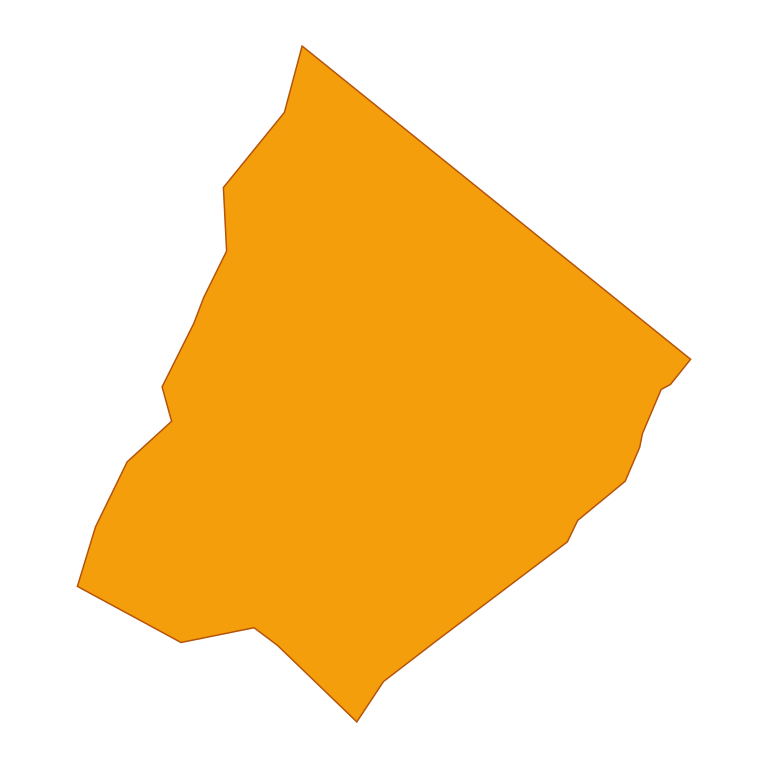 Clarke, Virginia, United States of America
{"feature_id": "52423323B97176580342978", "entity_name": "Clarke", "entity_type": "district", "adm_level": 2, "iso_a3": "USA", "parent_name": "United States of America", "parent_adm1": "Virginia", "projection": "natural_earth1", "projection_center": [-77.999, 39.122], "detail": "fine", "context": "isolated", "style": "filled", "palette": "amber", "viewbox_px": 768, "rotation_deg": 0, "n_neighbors": 0, "source": "geoboundaries", "source_scale": "gbopen_adm2", "svg_char_len": 463}
<svg xmlns="http://www.w3.org/2000/svg" viewBox="0 0 768 768"><path d="M302.1,46.1L284.4,112.4L223.4,187.5L226.6,251.1L203.7,297.5L193.9,323.2L162.1,386.9L171.6,421.3L127.2,461.8L95.5,526.9L77.4,586.4L181.0,642.5L254.0,627.7L277.5,645.4L356.8,721.9L383.5,681.5L436.7,640.6L567.4,541.8L577.7,520.4L625.2,481.2L639.7,447.3L642.4,433.7L658.3,396.2L661.2,389.4L670.4,384.5L690.6,359.3L302.8,46.6L302.1,46.1Z" fill="#f59e0b" stroke="#b45309" stroke-width="1.5"/></svg>